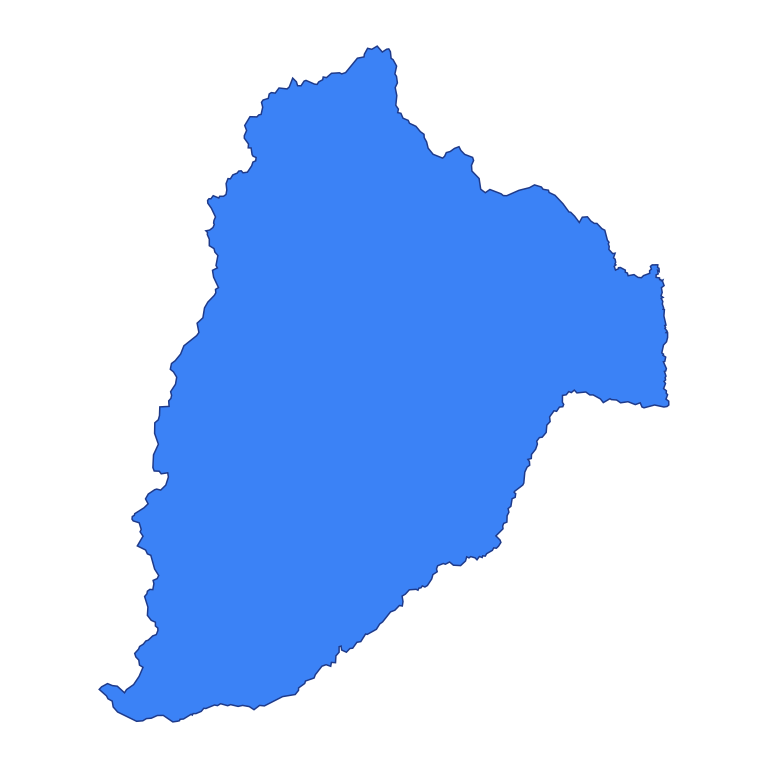 outline of Rioblanco, Tolima, Colombia
{"feature_id": "7082276B59142300136045", "entity_name": "Rioblanco", "entity_type": "district", "adm_level": 2, "iso_a3": "COL", "parent_name": "Colombia", "parent_adm1": "Tolima", "projection": "mercator", "projection_center": [-75.868, 3.473], "detail": "fine", "context": "isolated", "style": "filled", "palette": "blue", "viewbox_px": 768, "rotation_deg": 0, "n_neighbors": 0, "source": "geoboundaries", "source_scale": "gbopen_adm2", "svg_char_len": 6089}
<svg xmlns="http://www.w3.org/2000/svg" viewBox="0 0 768 768"><path d="M99.2,689.4L106.5,695.9L108.0,698.8L112.2,701.1L113.2,707.0L117.6,712.0L136.6,721.3L142.8,720.8L146.4,718.6L151.3,718.2L157.3,715.5L163.3,715.4L172.8,721.9L177.7,721.2L179.5,720.7L180.0,719.3L183.5,719.0L191.1,714.3L192.3,715.1L193.1,713.6L195.9,713.6L201.2,711.4L203.8,708.3L205.9,708.5L214.5,705.0L217.5,705.6L220.6,703.7L227.7,705.7L230.6,704.6L238.1,706.4L242.6,705.4L249.3,706.6L254.0,709.7L259.6,705.4L264.4,705.9L282.6,696.6L295.2,694.5L298.5,690.4L298.6,687.9L304.7,683.5L305.5,681.0L314.1,678.0L315.3,674.7L321.9,666.2L326.1,664.7L330.7,666.3L331.4,662.4L335.5,662.7L335.9,655.9L339.1,652.2L339.1,646.7L341.1,646.1L341.6,650.0L346.4,652.2L349.9,648.5L352.7,648.2L356.9,642.3L360.8,641.6L365.6,634.0L367.2,634.4L376.4,629.3L379.7,624.0L382.6,621.9L390.5,611.9L394.9,610.2L399.4,605.5L402.3,606.0L403.0,601.6L402.1,596.1L405.4,594.1L409.3,589.8L416.1,589.3L418.0,590.2L418.8,588.2L421.0,587.8L422.3,585.9L424.9,587.0L427.4,585.5L431.7,579.0L432.9,574.6L437.2,571.7L436.5,568.9L437.6,565.8L443.3,563.5L445.4,564.2L449.6,562.0L453.4,565.2L460.6,565.6L465.5,561.0L466.7,556.8L469.0,557.9L470.7,556.6L475.0,557.8L477.0,559.8L479.4,556.5L482.2,557.5L482.7,555.8L485.3,556.1L486.6,553.7L492.4,550.3L493.7,547.9L496.4,548.2L498.5,546.2L500.9,542.4L500.0,540.0L495.9,535.9L503.0,528.8L502.7,526.0L503.7,523.4L506.9,522.1L507.1,515.7L508.9,512.2L508.1,508.6L510.9,506.3L512.1,498.7L515.2,497.3L515.7,493.6L514.2,492.5L514.4,491.5L522.8,485.0L523.8,483.0L524.8,472.1L527.1,467.1L529.7,465.2L529.4,461.4L527.9,459.4L531.3,458.5L531.5,454.4L535.6,449.3L537.4,444.1L536.7,441.2L539.4,437.6L542.2,437.2L546.2,432.4L546.8,425.2L550.1,421.6L549.6,416.9L554.0,410.8L556.6,411.3L559.4,407.1L562.8,406.7L563.7,404.4L562.4,402.3L562.5,395.4L566.2,394.8L568.8,391.6L571.3,392.6L574.3,390.1L576.9,392.9L585.8,392.0L589.8,394.9L593.1,394.9L600.4,398.9L603.3,402.6L610.0,398.7L611.3,399.6L616.6,400.0L620.6,402.8L628.0,401.7L635.3,404.6L640.2,402.8L642.0,407.0L644.0,407.8L654.6,405.0L663.9,407.0L667.0,406.5L668.8,405.0L668.7,401.2L666.0,399.1L667.6,394.7L666.2,393.2L666.4,390.8L663.6,388.6L665.5,383.5L664.0,381.4L665.6,379.9L665.1,377.6L666.0,376.1L664.4,371.4L665.7,371.0L666.4,368.6L663.4,361.8L664.8,361.4L665.7,357.1L663.0,355.3L663.5,354.2L661.8,352.9L663.5,345.0L666.5,341.8L667.6,337.5L667.6,332.8L666.1,332.6L667.2,331.3L664.9,328.4L665.6,327.7L664.7,325.5L666.0,325.1L663.9,316.0L664.4,309.6L663.1,309.3L663.7,308.2L662.3,304.0L662.8,301.4L661.1,298.3L663.1,297.4L661.0,295.9L662.2,292.4L661.4,287.7L664.1,285.6L662.5,281.2L662.9,280.0L661.3,280.8L660.8,279.6L659.6,279.6L659.5,277.9L656.1,277.4L656.1,274.9L658.2,273.9L657.6,270.4L659.2,271.5L659.0,268.3L657.6,267.5L657.8,264.8L652.2,264.9L650.4,266.4L651.4,269.1L649.6,270.7L649.7,273.3L643.5,275.6L641.4,277.7L638.0,277.4L634.0,274.6L628.1,275.7L627.4,273.0L625.3,272.2L625.3,270.1L620.4,267.5L618.5,267.7L618.5,268.7L615.5,270.1L614.2,266.3L615.9,264.9L614.9,264.0L615.7,262.4L615.1,259.2L613.5,257.8L615.1,253.2L612.7,253.6L608.9,249.5L609.2,246.5L608.3,243.9L609.0,242.3L607.4,240.2L604.8,230.2L601.9,228.7L596.9,223.4L594.3,223.4L590.9,221.1L587.4,216.8L582.3,217.2L579.3,222.5L574.6,216.2L570.7,212.3L568.9,211.9L563.0,203.8L555.0,195.3L549.1,192.5L548.4,190.2L543.1,189.3L541.4,187.0L534.5,184.9L529.4,187.7L519.0,190.3L506.8,195.7L503.3,195.6L501.1,193.8L489.9,189.5L485.3,192.7L480.7,189.2L479.1,178.5L471.9,171.0L471.5,165.3L473.6,160.5L472.6,157.4L464.7,154.4L460.9,150.5L459.0,146.7L454.5,148.4L450.2,151.5L446.3,152.6L444.6,156.3L442.6,158.1L433.1,154.3L428.1,148.1L426.6,141.9L424.2,137.6L424.0,134.3L420.4,131.7L415.9,126.3L409.5,123.3L408.2,120.4L403.0,118.2L400.9,113.3L397.7,112.6L398.4,109.1L395.8,105.3L396.8,95.6L395.2,87.6L397.4,82.9L396.5,76.4L394.9,73.9L396.6,66.1L393.1,59.7L391.1,58.3L390.4,51.7L388.8,48.9L386.7,49.2L382.3,52.0L377.2,46.1L371.8,49.3L367.6,48.3L364.4,54.1L364.0,56.9L357.4,58.2L345.6,72.6L341.7,73.9L339.5,72.8L331.5,73.3L326.5,77.6L323.2,77.0L322.7,79.7L318.7,81.9L317.1,84.4L314.5,84.1L306.0,80.4L304.1,81.1L301.0,85.8L297.6,85.7L296.4,81.8L292.7,78.1L289.3,86.9L287.1,88.9L279.0,88.0L275.2,93.1L271.3,92.6L269.2,94.0L268.3,98.4L263.1,100.0L261.5,102.3L262.7,107.2L261.1,114.4L258.8,114.9L256.9,116.9L250.0,116.7L244.7,125.5L246.6,130.5L244.3,135.7L244.3,138.2L248.5,144.0L248.2,147.8L251.1,148.0L252.1,154.6L253.1,156.2L256.1,157.5L255.7,160.8L252.9,162.1L251.7,165.8L247.4,172.2L243.0,172.8L241.2,170.8L238.7,171.1L237.2,173.1L232.8,174.9L230.4,178.8L228.0,178.6L226.1,183.6L226.8,190.0L226.0,194.5L223.5,196.3L219.7,196.3L218.8,198.0L213.2,195.7L210.9,198.8L209.0,198.7L207.6,200.4L207.8,203.2L211.4,208.3L215.5,217.0L214.0,220.4L213.6,223.1L214.3,224.4L213.0,227.5L209.6,230.1L205.9,230.8L207.5,232.4L207.3,234.6L209.3,239.2L209.3,245.7L214.0,248.6L214.9,252.1L217.9,255.5L216.0,265.5L217.4,267.9L212.5,270.3L213.6,277.2L218.5,287.6L215.5,289.4L215.8,292.8L214.3,295.4L207.9,302.0L204.5,307.9L202.9,317.8L197.1,323.2L198.9,332.5L196.7,335.6L183.9,345.8L180.6,354.1L175.1,360.8L171.5,363.5L170.3,369.3L173.5,371.9L176.7,377.2L175.5,384.2L170.6,391.7L171.6,395.3L170.9,398.4L168.7,400.9L169.1,406.4L159.8,406.9L159.5,415.6L158.3,419.8L154.8,422.8L154.6,433.4L158.4,444.2L153.5,454.8L152.9,467.6L154.2,471.0L159.2,471.2L161.2,473.8L167.7,472.8L168.4,477.0L165.8,485.1L160.7,490.1L156.7,489.1L154.7,489.7L148.3,494.0L145.5,498.9L148.1,503.8L144.0,507.8L134.7,513.7L134.3,515.4L132.3,516.5L132.0,519.1L133.2,520.9L139.2,522.8L141.2,529.4L140.1,531.8L143.0,536.2L137.3,545.9L145.6,550.0L147.4,553.9L150.8,555.3L154.6,569.0L158.7,575.5L157.2,578.6L153.1,580.4L153.9,583.7L152.8,589.6L149.8,589.4L147.4,591.2L146.9,593.8L144.6,596.5L147.9,607.1L147.4,615.4L151.2,620.3L155.4,622.2L155.4,626.0L157.8,628.0L157.9,630.5L156.3,634.6L152.7,635.9L148.3,640.1L145.8,641.0L143.4,644.1L139.6,646.5L138.6,649.1L134.7,653.4L135.8,656.9L138.8,660.1L139.5,665.1L143.0,667.3L139.1,676.4L133.6,684.6L126.5,689.6L124.5,692.8L117.3,686.2L112.4,685.6L107.5,683.6L101.6,686.8L99.2,689.4Z" fill="#3b82f6" stroke="#1e3a8a" stroke-width="1.5"/></svg>